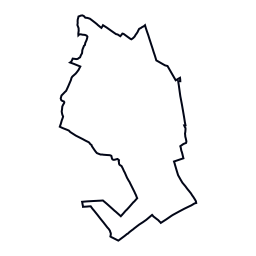 Njoro, Rift Valley, Kenya (Albers equal-area conic projection)
{"feature_id": "3690345B46950883953132", "entity_name": "Njoro", "entity_type": "district", "adm_level": 2, "iso_a3": "KEN", "parent_name": "Kenya", "parent_adm1": "Rift Valley", "projection": "albers", "projection_center": [35.95, -0.496], "detail": "fine", "context": "isolated", "style": "outline", "palette": "ink", "viewbox_px": 256, "rotation_deg": 0, "n_neighbors": 0, "source": "geoboundaries", "source_scale": "gbopen_adm2", "svg_char_len": 4285}
<svg xmlns="http://www.w3.org/2000/svg" viewBox="0 0 256 256"><path d="M185.5,125.3L185.2,123.9L184.9,122.4L184.0,116.6L183.9,116.1L182.9,110.2L181.9,104.5L180.8,98.7L180.3,96.1L178.8,85.2L178.4,82.7L178.2,81.2L180.3,81.2L180.2,79.3L180.0,77.8L175.7,80.3L167.5,66.0L165.1,65.4L162.6,64.0L158.8,61.8L156.3,60.4L155.9,59.0L155.5,57.7L154.9,55.7L153.6,51.9L152.5,48.3L151.3,44.7L150.5,42.2L149.3,38.5L148.3,35.3L147.0,31.6L145.8,28.0L145.0,25.2L143.9,26.2L142.1,27.1L140.7,28.1L139.2,28.8L138.7,29.7L138.2,30.6L137.7,31.8L137.2,32.6L136.5,33.7L135.8,34.5L135.3,35.4L134.6,36.6L133.1,38.1L131.4,39.3L130.5,38.9L129.1,37.9L128.1,37.2L123.6,33.9L122.4,33.6L121.5,34.8L120.3,36.2L118.9,35.3L117.7,34.5L116.0,34.1L111.4,30.9L106.9,27.7L103.0,25.2L102.4,26.4L101.4,27.9L99.6,26.5L98.9,25.9L97.9,25.1L97.1,24.3L95.4,22.9L91.9,20.2L89.9,18.7L87.4,17.9L85.3,17.7L83.9,16.1L82.4,15.4L80.8,15.6L79.9,16.0L79.3,16.2L78.5,16.5L78.1,18.2L77.7,19.7L77.6,21.6L77.7,23.0L77.4,25.0L78.1,26.9L78.6,28.2L78.6,29.3L78.7,30.7L78.5,32.0L78.3,33.7L78.4,35.3L79.4,34.3L80.8,34.3L82.5,34.7L84.9,34.9L86.6,35.6L87.4,36.6L87.2,37.9L86.6,40.0L85.8,41.8L85.3,42.8L84.9,45.0L83.9,45.9L83.5,47.1L82.9,48.5L82.3,50.3L82.2,51.8L82.0,53.3L80.8,55.4L80.1,57.3L78.9,58.0L77.7,58.9L76.4,59.1L74.9,58.9L72.7,58.6L71.9,60.5L71.2,61.7L70.1,62.5L73.9,63.9L80.3,66.5L78.5,70.0L77.0,72.0L75.7,73.6L72.3,76.6L71.5,77.9L70.9,80.1L69.6,83.1L68.5,85.7L67.0,89.0L66.1,90.9L65.1,91.8L62.9,94.1L61.5,95.5L60.7,98.5L61.4,100.3L62.5,101.0L63.8,101.4L64.3,102.2L64.1,103.1L63.6,104.0L63.3,104.4L63.0,105.0L62.3,106.5L62.1,108.7L61.7,111.6L62.1,113.7L62.2,114.1L62.4,114.9L62.9,116.0L63.1,116.6L62.5,118.5L61.8,120.3L60.7,124.2L60.4,124.9L60.1,125.9L59.8,126.7L61.0,127.3L62.5,128.0L67.3,129.9L68.9,130.6L70.2,132.0L75.8,135.6L82.9,139.2L84.5,140.1L86.6,141.2L87.9,141.8L89.1,142.5L89.7,143.3L90.3,144.1L91.6,145.1L91.9,146.2L94.6,150.2L95.7,151.7L96.9,153.1L98.9,153.9L100.5,154.5L102.2,154.5L103.1,154.7L106.8,155.0L109.9,155.2L111.3,155.8L111.6,156.8L111.7,157.4L111.8,157.9L112.0,158.5L112.2,159.0L112.5,159.4L112.9,159.6L113.3,159.8L114.0,159.8L114.9,159.7L115.5,159.5L115.9,159.4L116.5,159.2L117.0,159.1L117.6,159.0L118.0,159.5L118.5,159.8L119.0,160.2L118.9,160.9L118.7,161.4L118.9,162.0L119.0,162.8L119.0,163.5L119.1,163.9L119.3,164.3L119.5,164.7L120.4,165.4L120.8,165.6L121.5,166.0L122.6,168.1L123.3,169.6L123.9,171.0L124.8,172.6L125.4,174.0L127.0,177.7L128.2,179.8L128.5,180.4L129.5,181.9L130.2,183.4L131.8,186.6L133.2,189.4L134.4,191.8L135.1,193.4L136.1,195.4L136.5,196.7L137.2,198.2L134.1,201.7L133.5,202.1L128.9,207.4L126.6,209.9L126.1,210.3L125.5,210.9L125.0,211.5L124.1,212.5L123.8,212.9L123.2,213.6L122.6,214.2L121.6,215.4L121.1,215.8L120.8,216.2L115.4,211.4L114.7,210.9L112.2,208.6L106.6,203.6L102.9,200.5L99.7,200.7L95.7,200.9L90.1,201.2L86.8,201.4L82.1,201.8L82.2,202.2L82.3,202.6L82.4,203.3L82.5,203.9L82.6,204.4L82.7,205.0L82.8,205.4L82.9,205.9L83.0,206.4L83.0,206.8L86.7,206.6L88.8,206.4L90.7,206.3L91.7,207.7L92.9,209.3L93.8,210.3L97.5,214.9L100.2,218.4L102.2,220.9L103.6,222.6L104.9,224.3L105.7,225.3L106.3,226.1L107.4,227.5L108.7,228.9L109.9,230.7L110.4,232.4L110.8,233.2L110.8,233.8L110.8,234.4L110.6,235.5L110.4,236.5L111.7,237.3L112.2,237.5L118.3,240.6L118.9,240.2L119.3,239.9L120.0,239.4L121.6,238.2L124.7,235.9L125.3,235.4L126.2,234.7L126.7,234.2L127.2,233.9L127.6,233.8L128.1,233.4L129.0,232.5L129.6,232.0L131.9,230.2L133.3,229.2L134.3,228.3L135.8,227.2L136.4,226.7L139.3,224.5L142.9,222.2L146.3,219.8L152.1,214.9L152.7,215.5L153.3,216.4L154.0,216.9L156.7,219.0L158.2,220.1L159.6,221.6L160.2,222.1L160.8,222.9L166.4,219.3L170.3,216.6L171.6,215.7L172.9,214.9L179.3,211.4L184.4,208.7L190.2,205.9L191.5,205.3L191.9,205.0L192.5,204.7L193.0,204.4L193.3,204.1L193.9,203.8L194.7,203.4L195.3,203.2L196.2,203.0L195.9,201.2L195.0,199.6L193.3,196.9L192.2,195.4L190.9,193.3L188.9,190.8L187.8,189.5L186.8,188.2L185.5,186.4L182.4,182.7L180.8,180.0L178.1,175.2L176.9,171.3L175.9,167.9L175.1,165.2L174.5,163.0L174.0,161.5L183.4,158.3L182.3,153.7L181.9,152.2L181.3,150.6L181.0,149.0L180.8,147.8L180.3,146.2L183.4,144.0L186.1,142.9L186.4,141.4L186.0,139.4L185.7,138.1L185.3,136.7L185.2,135.2L185.0,133.6L185.3,132.0L185.5,129.6L185.5,128.1L184.9,127.1L184.2,125.4L185.5,125.3Z" fill="none" stroke="#020617" stroke-width="2"/></svg>